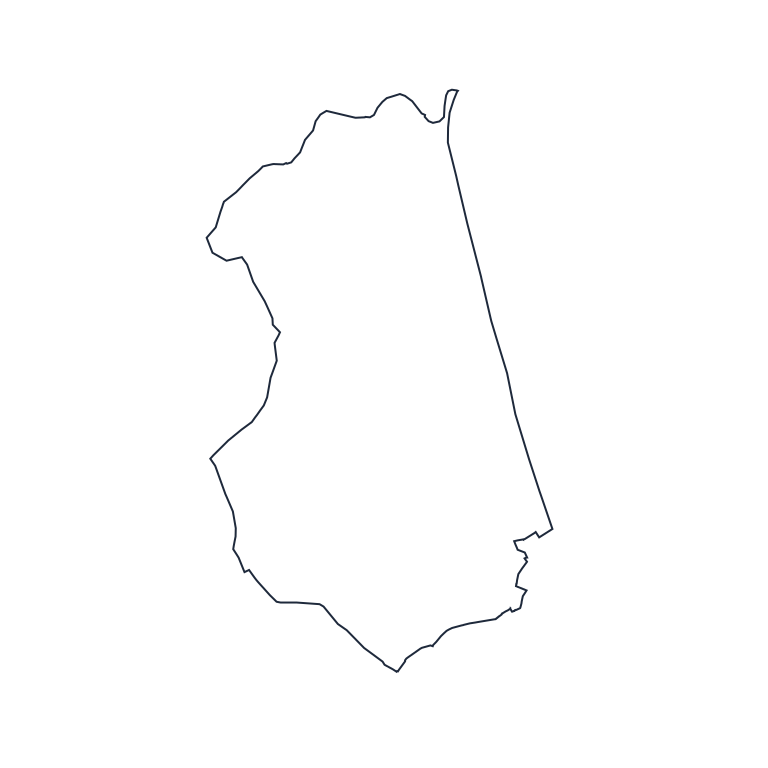 the district of Mambah Kaba, Margibi, Liberia, rotated 238°
{"feature_id": "62588387B59975354142856", "entity_name": "Mambah Kaba", "entity_type": "district", "adm_level": 2, "iso_a3": "LBR", "parent_name": "Liberia", "parent_adm1": "Margibi", "projection": "orthographic", "projection_center": [-10.524, 6.256], "detail": "fine", "context": "isolated", "style": "outline", "palette": "slate", "viewbox_px": 768, "rotation_deg": 238, "n_neighbors": 0, "source": "geoboundaries", "source_scale": "gbopen_adm2", "svg_char_len": 3418}
<svg xmlns="http://www.w3.org/2000/svg" viewBox="0 0 768 768"><g transform="rotate(238 384 384)"><path d="M196.9,221.1L195.1,221.9L171.8,227.0L170.8,227.2L150.1,235.4L149.3,235.7L145.6,235.7L143.6,236.8L137.4,240.3L133.3,242.2L133.6,243.0L132.9,243.6L133.6,244.9L137.6,254.9L138.5,255.4L139.3,257.4L139.5,259.7L140.2,273.1L140.3,274.4L140.2,276.1L140.2,276.3L137.7,284.8L136.3,286.0L135.8,286.4L136.6,287.4L137.6,291.6L138.1,293.1L140.0,298.7L141.0,303.4L141.0,303.6L141.5,306.2L141.4,308.8L141.0,312.5L138.2,321.7L137.5,323.6L137.5,323.9L135.8,329.1L135.6,329.7L135.5,330.0L133.4,334.9L133.2,335.4L132.2,337.9L126.3,352.1L126.1,352.6L125.5,353.9L125.8,356.5L125.7,356.4L126.0,358.9L126.0,359.3L126.2,361.5L126.6,361.9L126.8,362.6L126.6,362.7L126.7,363.3L126.7,364.1L126.7,364.7L126.7,366.7L126.6,367.4L126.4,369.5L126.5,371.0L126.5,372.0L126.3,371.9L126.4,372.0L123.1,371.9L122.8,372.6L122.8,373.7L122.5,374.1L122.4,374.3L122.5,374.4L122.8,375.1L122.8,375.5L122.7,375.9L122.6,376.0L122.3,376.5L122.1,378.3L121.8,380.5L122.0,381.0L125.0,384.2L126.8,385.7L130.5,389.3L131.9,392.4L133.0,394.7L133.4,395.5L142.6,388.8L144.5,390.4L144.4,390.7L147.1,392.9L151.6,397.2L154.4,403.4L157.3,410.7L157.5,411.1L159.8,410.9L161.6,410.8L161.5,412.0L161.1,413.2L161.0,413.4L163.4,413.7L166.4,414.1L166.5,414.1L172.6,409.5L174.7,409.9L178.1,410.4L181.7,411.1L180.6,414.4L178.6,419.3L178.3,419.5L178.5,419.6L177.9,421.2L177.9,432.6L178.1,434.2L171.7,434.3L171.8,447.8L171.8,450.0L206.0,458.0L210.9,459.1L243.5,467.2L282.5,477.7L288.8,479.4L327.9,494.1L362.5,503.4L380.4,508.3L383.7,509.4L422.7,522.8L423.1,523.0L476.0,539.7L513.2,552.3L522.3,555.5L554.9,566.1L567.6,574.3L579.3,583.4L588.0,593.7L593.1,600.8L593.5,602.0L594.4,601.3L595.3,600.2L597.6,597.5L598.3,593.6L595.9,589.7L592.9,587.1L587.7,582.7L578.6,576.3L577.3,570.2L579.5,563.9L581.0,562.8L583.3,561.1L589.0,560.1L590.4,561.4L593.5,559.3L608.9,557.8L611.3,556.8L617.2,554.5L621.5,551.1L623.6,543.0L624.6,539.3L625.0,537.8L624.3,533.4L624.1,532.1L621.7,524.9L617.5,518.1L617.5,517.3L617.6,513.4L620.4,509.7L620.3,509.1L624.9,500.9L629.1,496.7L646.1,479.9L646.1,479.5L646.2,475.3L646.2,472.7L644.9,469.7L643.1,465.3L636.6,458.2L632.9,446.4L630.8,443.6L628.4,440.3L624.9,435.6L622.8,427.7L621.1,422.8L621.6,420.8L622.2,418.5L623.2,418.1L623.6,414.9L629.2,406.7L629.9,404.8L632.7,396.5L632.6,396.0L632.4,395.4L632.0,393.8L631.2,390.3L629.6,379.1L627.4,369.9L626.2,365.2L625.0,360.2L624.6,356.3L623.9,349.7L623.7,347.9L623.6,346.9L623.4,344.8L622.2,343.4L622.0,343.0L619.9,340.6L616.8,336.7L606.0,324.3L603.7,316.7L602.0,311.1L586.2,308.1L572.0,315.8L568.2,326.9L566.9,330.7L565.8,330.7L557.8,331.2L540.0,327.2L518.3,326.7L517.6,326.7L512.0,326.0L498.8,324.2L493.2,321.1L483.0,323.2L481.0,320.2L480.5,319.3L476.9,313.0L475.1,312.1L460.6,305.4L452.1,294.6L449.4,291.1L434.6,277.8L429.5,270.7L427.3,265.2L425.1,260.0L423.9,256.8L421.8,251.8L421.3,245.6L420.8,239.0L418.6,221.9L417.4,216.7L414.0,201.6L412.8,197.4L412.7,197.1L404.1,197.5L378.2,191.9L375.4,191.3L375.1,191.2L371.5,190.7L356.0,188.3L352.3,186.8L340.3,181.9L333.3,177.3L329.7,173.9L326.0,170.5L323.8,168.6L317.2,168.7L315.1,168.7L313.8,168.7L298.4,166.0L297.8,171.0L288.4,171.6L285.3,171.9L282.6,172.3L268.4,174.8L265.5,175.3L256.3,177.5L255.8,178.0L254.2,179.7L253.4,180.6L246.5,191.6L244.9,194.2L232.0,211.9L231.4,212.7L227.3,214.8L204.9,217.7L196.9,221.1Z" fill="none" stroke="#1e293b" stroke-width="2"/></g></svg>